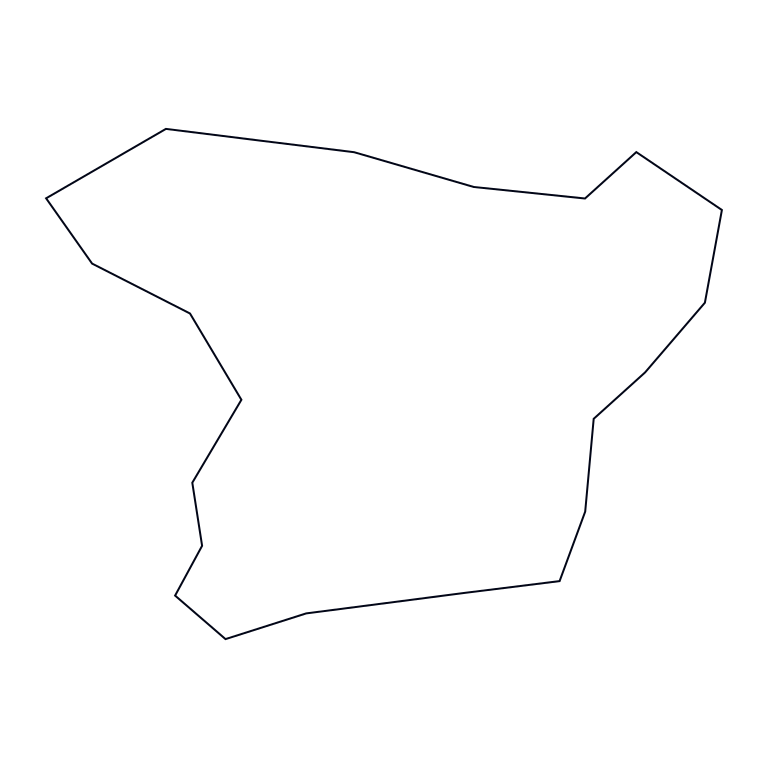 Štimlje, Albers equal-area conic projection
{"feature_id": "KOS-5912", "entity_name": "Štimlje", "entity_type": "District", "adm_level": 1, "iso_a3": "XKX", "parent_name": "Kosovo", "parent_adm1": "", "projection": "albers", "projection_center": [20.998, 42.412], "detail": "fine", "context": "isolated", "style": "outline", "palette": "ink", "viewbox_px": 768, "rotation_deg": 0, "n_neighbors": 0, "source": "natural_earth", "source_scale": "10m", "svg_char_len": 401}
<svg xmlns="http://www.w3.org/2000/svg" viewBox="0 0 768 768"><path d="M721.9,210.0L704.9,302.7L645.1,372.4L593.7,418.8L585.2,511.6L559.6,581.1L465.4,592.8L306.2,613.4L225.5,639.1L175.1,595.6L202.1,545.8L192.3,482.7L241.4,399.8L190.0,313.5L92.1,263.6L46.1,198.3L165.9,128.9L260.0,140.6L354.1,152.2L473.8,187.0L585.0,198.5L636.3,152.1L721.9,210.0Z" fill="none" stroke="#020617" stroke-width="2"/></svg>